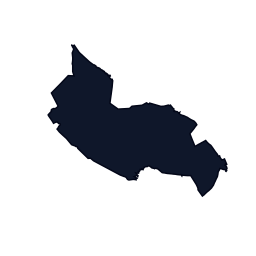 the district of Miacatlán, Morelos, Mexico, rotated 321°
{"feature_id": "50627088B93952904425300", "entity_name": "Miacatlán", "entity_type": "district", "adm_level": 2, "iso_a3": "MEX", "parent_name": "Mexico", "parent_adm1": "Morelos", "projection": "natural_earth1", "projection_center": [-99.34, 18.806], "detail": "fine", "context": "isolated", "style": "filled", "palette": "ink", "viewbox_px": 256, "rotation_deg": 321, "n_neighbors": 0, "source": "geoboundaries", "source_scale": "gbopen_adm2", "svg_char_len": 5262}
<svg xmlns="http://www.w3.org/2000/svg" viewBox="0 0 256 256"><g transform="rotate(321 128 128)"><path d="M76.2,112.3L77.8,125.6L77.9,126.5L79.9,127.9L80.6,131.8L92.3,159.5L94.6,163.5L95.2,164.1L95.5,165.5L95.3,167.6L95.7,168.6L96.2,169.1L99.9,171.3L100.2,171.7L100.6,172.0L101.5,173.1L101.7,173.3L101.9,172.9L102.2,172.7L102.5,172.6L103.3,172.8L103.3,172.4L103.1,172.0L102.7,171.3L102.6,170.7L102.2,169.7L104.0,170.2L104.6,170.3L104.9,170.7L105.0,171.9L105.8,171.4L105.8,171.1L105.7,170.3L105.6,170.1L105.7,169.4L105.7,168.8L105.8,167.7L106.3,168.3L106.5,168.6L106.9,169.0L107.0,169.0L107.3,169.2L107.8,169.7L108.1,169.3L108.3,169.6L108.3,169.8L108.7,168.2L109.8,168.8L110.0,168.7L110.5,168.4L111.0,168.2L111.3,168.0L111.4,168.3L111.8,168.6L112.2,168.5L112.3,168.4L112.5,168.6L113.0,168.4L113.4,169.8L114.5,169.3L115.4,168.9L115.7,168.7L116.1,168.9L116.3,168.9L117.1,169.0L117.4,169.2L117.6,169.3L118.2,169.7L118.7,170.1L120.7,170.4L120.7,170.5L120.7,171.0L120.8,171.1L121.0,172.0L121.5,173.3L121.3,173.4L121.4,173.9L121.6,174.2L122.0,174.7L122.2,175.0L122.6,175.5L122.9,176.0L123.0,176.1L123.0,176.3L123.9,176.6L124.3,176.8L124.5,177.0L124.6,177.3L124.9,177.8L125.1,178.1L125.3,178.0L125.5,178.9L126.2,182.6L126.5,184.2L126.7,184.4L127.2,185.0L127.7,185.5L128.2,186.0L129.8,187.9L133.9,191.9L133.9,192.0L135.6,193.6L137.0,195.2L137.3,195.5L138.3,196.5L139.6,197.7L139.8,197.6L139.8,197.9L139.7,199.2L140.6,198.7L141.3,199.6L143.6,201.8L145.2,203.2L146.8,204.4L145.6,214.5L145.4,215.5L145.0,217.1L144.5,218.8L144.4,219.0L144.1,219.3L143.5,220.2L143.3,223.2L143.0,227.7L143.7,227.7L144.1,227.7L144.9,227.8L145.6,227.7L147.9,227.5L148.6,227.5L149.1,227.4L149.8,227.4L150.6,227.4L150.9,227.5L151.9,227.4L154.6,227.2L155.3,227.1L156.2,226.8L157.6,226.4L158.4,226.2L158.9,225.9L160.5,225.0L162.3,224.2L162.5,224.1L162.9,223.9L163.8,223.4L165.3,222.7L166.9,222.0L167.6,221.4L168.6,220.6L170.3,219.0L171.0,218.6L172.0,218.3L172.2,218.2L173.6,217.6L173.8,217.3L174.6,218.0L175.4,219.2L176.0,220.2L176.9,221.2L177.6,222.0L177.3,222.6L176.8,223.0L176.9,223.4L177.9,223.2L177.9,222.9L178.7,222.0L179.4,221.7L179.7,221.5L179.8,221.0L179.8,220.6L180.1,220.3L180.3,219.3L180.2,218.6L180.0,217.9L180.5,217.9L180.9,217.6L181.0,217.8L181.3,217.9L181.5,217.9L181.5,218.2L181.9,218.3L182.1,217.5L183.0,214.4L183.5,212.8L182.4,212.5L180.8,211.9L180.9,211.3L180.9,211.1L180.8,210.8L180.9,210.4L180.9,209.8L181.0,209.0L181.1,208.8L181.3,208.0L181.6,207.3L180.4,206.8L180.8,205.0L180.9,204.3L180.9,202.8L180.9,201.5L181.2,197.5L181.3,196.4L181.3,195.8L181.4,195.1L181.4,193.4L180.8,191.4L180.8,190.8L180.6,189.9L180.5,188.3L180.5,186.6L179.3,186.4L178.2,186.2L177.5,186.1L176.2,185.8L174.9,185.6L174.4,185.5L174.1,185.5L173.2,185.3L172.5,185.1L172.4,185.3L171.6,185.0L168.4,184.5L169.5,181.0L170.8,176.6L172.5,171.3L175.1,170.8L178.7,170.0L181.5,169.2L183.5,168.8L183.8,166.9L183.7,164.5L183.3,163.5L182.2,161.2L181.7,159.8L181.5,159.4L181.4,158.9L181.0,157.6L180.9,157.2L180.0,155.5L179.8,155.0L179.1,153.6L178.3,152.5L178.2,152.7L176.6,149.2L176.4,149.1L176.8,149.2L176.9,149.3L177.4,148.7L177.9,148.4L176.7,148.2L176.8,147.9L176.5,146.2L176.4,146.1L176.1,145.8L175.1,144.9L174.9,144.8L175.2,144.3L175.2,144.2L174.9,143.8L174.4,143.7L175.7,141.8L175.3,141.1L175.3,140.9L175.4,139.1L175.2,138.3L175.4,137.8L175.4,137.0L175.1,137.0L175.0,136.8L174.8,136.7L174.1,136.5L173.8,135.6L170.7,134.2L169.2,133.4L167.1,131.8L160.5,122.3L159.1,122.6L158.2,120.1L153.3,119.2L144.8,113.6L141.5,113.8L132.2,107.1L129.5,97.4L141.2,86.4L141.5,86.1L144.4,83.1L145.8,81.7L145.5,81.3L145.6,81.0L145.8,80.9L146.2,80.6L146.3,80.4L146.2,80.3L146.3,80.2L146.0,79.9L145.7,79.7L145.4,79.0L145.4,78.7L145.3,78.2L145.3,77.9L145.5,76.7L146.2,76.6L146.4,76.4L147.0,76.4L147.1,76.0L147.2,75.8L147.2,75.7L146.8,75.5L146.6,75.4L146.4,75.4L146.1,75.2L146.0,74.7L145.9,74.6L145.4,74.7L145.4,74.4L145.8,74.1L146.0,73.7L145.8,73.3L145.9,73.0L145.8,72.6L145.7,72.4L145.6,71.9L145.0,72.0L144.9,71.0L145.1,71.0L145.0,70.5L144.8,70.3L144.8,69.9L145.0,69.7L145.2,69.3L144.9,69.1L144.6,68.4L144.8,68.4L144.7,68.0L144.6,67.6L144.5,67.3L144.5,67.0L144.2,66.6L144.0,66.1L143.8,65.8L143.7,65.3L143.6,64.1L143.5,63.6L143.2,63.1L142.9,62.7L142.7,62.2L142.3,61.8L142.1,61.4L141.9,61.5L141.8,61.1L141.7,60.8L141.9,60.6L141.7,60.2L141.8,59.6L142.0,59.5L141.8,58.8L141.6,57.9L140.9,57.2L139.6,52.2L137.6,38.7L138.3,29.8L136.8,29.5L136.5,29.3L136.6,28.4L136.4,28.2L136.3,28.3L136.2,29.4L136.0,29.8L135.9,30.1L136.0,30.3L136.0,30.6L135.9,30.7L135.9,30.9L135.9,31.1L135.7,31.6L135.3,32.7L135.1,32.8L131.9,34.6L129.3,38.6L127.7,40.5L126.5,41.7L125.1,43.0L124.4,44.6L120.5,49.4L118.9,53.6L114.5,49.7L103.8,51.1L90.5,52.6L87.5,67.0L86.1,67.3L84.1,67.2L83.8,67.2L83.6,67.1L83.4,66.8L83.2,66.7L82.7,66.5L82.5,66.4L82.4,66.3L82.4,66.1L82.2,65.9L81.8,65.9L81.4,65.8L81.0,65.6L80.6,65.6L80.3,65.6L79.9,65.8L79.6,65.8L79.2,66.4L78.9,66.9L78.7,66.8L78.4,66.9L74.3,67.5L74.0,68.1L73.5,74.7L73.4,75.7L73.1,77.5L74.7,77.8L75.4,78.0L76.2,78.4L76.6,78.7L77.1,79.7L77.2,79.8L77.1,80.0L76.8,80.5L76.9,80.9L77.5,81.4L77.8,81.8L77.8,82.1L77.7,82.4L77.5,82.7L77.1,82.9L76.6,83.0L75.2,83.2L73.4,84.0L72.2,84.2L72.2,87.9L72.8,92.4L73.6,97.4L73.7,105.5L75.8,109.0L75.8,109.5L76.8,110.8L76.2,112.3Z" fill="#0f172a" stroke="#020617" stroke-width="1.5"/></g></svg>